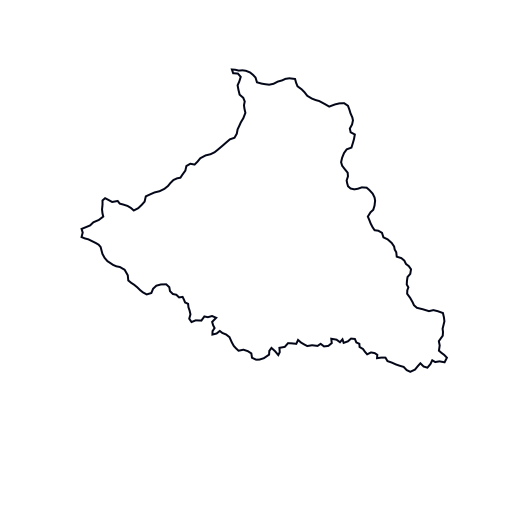 outline of Campo Belo, Minas Gerais, Brazil, rotated 64°
{"feature_id": "56859067B10517549760367", "entity_name": "Campo Belo", "entity_type": "district", "adm_level": 2, "iso_a3": "BRA", "parent_name": "Brazil", "parent_adm1": "Minas Gerais", "projection": "natural_earth1", "projection_center": [-45.252, -20.941], "detail": "fine", "context": "isolated", "style": "outline", "palette": "ink", "viewbox_px": 512, "rotation_deg": 64, "n_neighbors": 0, "source": "geoboundaries", "source_scale": "gbopen_adm2", "svg_char_len": 3859}
<svg xmlns="http://www.w3.org/2000/svg" viewBox="0 0 512 512"><g transform="rotate(64 256 256)"><path d="M162.5,404.5L165.1,402.2L167.5,399.4L170.6,397.0L174.1,394.3L176.8,392.5L179.8,391.7L182.7,392.3L186.8,393.1L191.3,392.9L195.5,391.8L198.5,390.0L201.3,388.4L204.0,386.1L206.2,383.2L210.8,380.1L217.1,379.7L222.0,381.5L225.3,380.0L228.5,378.1L232.2,376.4L235.9,375.1L239.1,373.6L242.6,371.1L243.4,366.3L240.3,362.8L239.0,358.6L239.9,353.9L242.1,349.1L246.0,347.6L249.9,348.7L253.7,347.4L255.9,344.6L259.5,343.3L260.6,339.9L263.6,339.9L266.7,340.1L269.2,338.0L272.5,339.2L275.9,339.6L279.7,340.5L283.1,343.5L287.1,342.9L287.4,338.4L290.1,333.4L287.7,328.9L289.9,326.1L290.7,321.8L294.1,318.9L296.0,324.3L299.4,324.9L302.6,324.8L304.5,328.0L307.5,329.6L308.4,325.4L307.5,321.4L310.4,320.0L313.4,317.3L317.3,315.4L323.0,315.6L327.1,315.4L330.4,314.4L333.5,313.2L334.7,308.4L337.9,305.1L341.5,302.9L345.7,304.2L349.2,301.4L350.6,298.4L351.3,293.7L350.4,287.5L347.1,285.6L345.4,282.4L349.9,280.6L354.8,279.4L352.8,276.8L348.8,275.2L350.3,270.0L348.4,265.4L350.1,262.3L352.6,258.3L349.9,255.0L353.5,253.5L356.7,251.4L359.4,249.4L360.8,244.7L363.8,240.1L363.3,236.4L367.1,234.5L368.5,230.4L367.5,226.1L363.4,224.6L366.5,220.3L370.3,218.3L368.8,214.8L372.5,215.3L373.0,210.8L371.9,206.8L373.9,203.5L377.7,203.7L380.2,201.6L383.2,202.8L386.5,200.6L389.7,200.1L393.1,199.2L393.1,194.9L395.3,191.9L398.0,190.3L400.9,192.0L402.2,188.0L404.1,184.2L408.1,183.9L411.3,180.7L414.9,177.7L417.7,174.9L420.4,171.9L424.6,170.6L427.7,168.1L427.8,162.9L425.9,158.8L424.5,155.3L428.8,153.8L431.5,150.9L429.6,146.6L427.0,143.3L429.9,141.4L431.1,137.3L434.2,133.1L431.1,129.0L427.4,130.2L424.5,131.7L421.3,133.1L416.9,130.1L412.7,129.0L411.1,126.1L409.5,123.1L406.2,121.2L403.2,120.2L400.8,118.2L397.3,115.3L393.6,114.0L389.2,113.0L385.2,116.9L382.4,120.3L381.4,124.7L377.1,129.3L373.1,134.1L369.5,135.6L366.3,135.5L361.2,135.8L356.2,136.7L353.2,135.1L351.0,132.8L347.7,133.0L344.5,131.2L341.3,129.0L339.7,125.2L335.9,122.5L332.1,123.1L328.9,124.7L325.2,124.7L321.6,126.3L318.3,129.8L314.1,128.3L311.0,128.5L308.0,127.7L303.8,128.3L298.7,130.4L295.1,133.3L290.4,132.6L286.9,135.0L284.8,138.1L281.3,138.6L277.0,138.7L273.6,138.4L269.6,138.2L266.9,133.9L265.9,130.4L262.7,127.4L258.5,124.7L255.4,123.8L251.1,123.8L246.4,125.2L243.1,126.6L240.7,130.8L240.2,135.0L239.2,138.4L236.8,141.4L233.7,142.7L230.7,142.2L227.8,141.4L224.7,138.4L221.3,137.1L216.6,138.2L212.7,139.0L209.0,138.4L205.4,135.5L202.0,131.7L199.9,127.7L200.4,122.7L196.8,119.3L193.9,116.7L190.1,113.9L186.3,116.7L182.6,115.8L179.9,112.0L176.6,109.4L173.8,108.7L169.1,108.5L165.4,107.9L161.3,107.5L157.3,109.8L155.4,114.1L154.4,118.5L153.8,124.7L149.8,127.4L147.0,129.4L144.4,131.3L142.1,133.9L139.1,136.7L134.5,139.7L130.1,140.6L126.0,142.0L121.7,144.3L117.8,144.0L114.0,143.3L110.9,148.1L109.7,151.9L109.6,155.6L108.8,159.9L108.9,164.8L107.8,169.1L105.5,172.6L103.5,175.4L100.3,179.0L95.4,178.2L91.8,179.3L88.4,180.9L85.1,183.9L83.2,186.7L81.8,190.2L79.5,193.0L77.8,195.9L81.7,196.4L84.1,192.3L88.3,191.2L91.8,194.5L94.5,197.7L98.8,198.9L103.8,200.0L108.2,198.1L112.2,198.4L115.2,200.7L118.5,201.8L122.7,202.8L126.6,207.0L129.2,211.0L131.7,214.0L134.1,217.0L137.7,219.7L140.3,223.5L139.7,228.3L141.0,233.3L142.6,239.3L143.8,244.1L144.6,247.7L144.6,252.2L143.5,257.2L143.7,263.2L145.6,267.3L146.9,271.1L144.3,274.6L144.6,279.1L148.3,282.1L150.7,286.6L152.5,289.6L151.6,292.9L151.5,296.9L152.9,301.0L154.5,304.4L155.5,308.9L155.5,314.3L154.4,319.3L154.2,324.2L154.1,328.9L158.3,332.3L159.9,336.2L161.4,340.9L161.5,345.9L157.9,347.4L154.7,349.5L151.8,352.5L149.2,355.5L145.9,356.2L144.4,361.6L140.7,364.2L137.9,366.3L138.8,369.6L142.5,371.4L146.7,374.0L150.4,375.3L153.6,376.0L154.7,381.5L154.4,387.4L155.8,391.7L155.5,396.6L155.2,400.9L159.0,401.5L162.5,404.5Z" fill="none" stroke="#020617" stroke-width="2"/></g></svg>